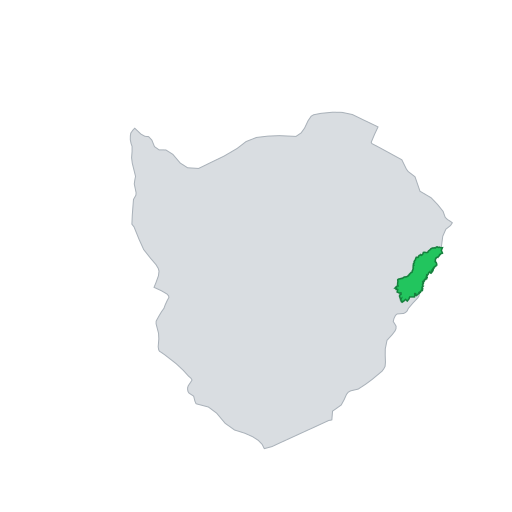 location of Nyanga, Manicaland, Zimbabwe, rotated 26°
{"feature_id": "62879985B16821678583413", "entity_name": "Nyanga", "entity_type": "district", "adm_level": 2, "iso_a3": "ZWE", "parent_name": "Zimbabwe", "parent_adm1": "Manicaland", "projection": "natural_earth1", "projection_center": [32.82, -17.911], "detail": "fine", "context": "in_parent", "style": "filled", "palette": "green", "viewbox_px": 512, "rotation_deg": 26, "n_neighbors": 0, "source": "geoboundaries", "source_scale": "gbopen_adm2", "svg_char_len": 7271}
<svg xmlns="http://www.w3.org/2000/svg" viewBox="0 0 512 512"><g transform="rotate(26 256 256)"><path d="M347.9,425.5L344.1,422.6L338.9,420.7L332.2,419.9L323.6,420.2L313.0,421.8L301.6,419.9L289.5,414.5L279.4,412.6L267.3,415.0L266.8,415.0L264.7,413.2L261.4,409.3L255.9,408.6L254.4,407.7L253.2,406.2L252.3,404.4L252.0,402.3L252.9,395.8L252.4,395.1L250.9,394.3L247.9,393.5L240.6,390.6L231.5,387.8L216.7,384.7L210.9,383.9L209.6,382.9L207.9,380.5L205.0,373.1L202.3,368.2L195.9,360.7L194.8,358.3L195.1,352.3L195.5,347.5L196.2,343.4L195.8,339.5L195.7,334.7L195.9,331.5L195.0,330.2L192.7,329.2L186.1,328.7L178.1,328.9L177.8,324.1L177.0,316.6L175.5,312.2L173.6,310.0L169.9,307.6L162.5,304.4L152.3,299.5L143.6,292.3L133.6,283.3L130.5,281.8L126.8,273.3L121.1,258.9L121.4,254.0L120.5,251.7L115.0,244.6L113.8,240.9L112.8,237.2L104.1,226.8L101.1,222.2L98.8,216.4L96.5,211.7L94.6,209.9L92.1,206.7L90.4,203.1L89.6,200.4L90.2,196.7L91.0,194.3L99.2,196.9L103.7,197.1L107.2,195.8L111.6,197.5L116.8,202.2L122.4,203.1L128.5,200.2L136.7,201.1L147.2,205.7L155.8,206.7L166.0,202.5L175.0,191.0L183.5,180.2L191.9,167.6L196.9,157.5L204.4,149.3L214.2,143.0L224.2,137.6L239.5,131.0L242.6,125.6L243.6,119.7L243.5,111.5L244.3,106.2L245.9,103.8L248.4,101.9L251.7,99.4L261.8,93.2L270.3,89.2L280.6,86.6L292.0,86.6L302.9,86.5L309.1,86.5L309.2,94.4L309.7,103.3L310.9,104.2L319.1,104.4L332.3,105.0L344.9,105.6L353.1,112.0L355.8,113.4L364.2,115.1L375.0,125.9L387.9,126.9L396.8,130.2L404.6,133.9L409.1,138.3L412.1,139.3L416.0,139.7L417.9,140.1L417.5,143.3L414.9,148.7L415.2,156.4L418.8,167.1L419.3,176.4L418.2,192.9L418.2,208.8L418.6,214.5L419.2,218.2L420.0,220.3L419.8,222.6L417.7,229.3L415.9,236.3L415.9,239.2L415.2,241.1L413.9,242.9L408.3,246.2L407.4,248.2L407.4,251.8L408.1,254.8L410.2,256.0L412.7,257.7L413.7,260.0L413.8,262.4L412.9,266.9L410.7,274.3L412.9,282.8L415.5,288.3L418.9,294.7L420.4,298.6L420.3,301.4L419.8,304.2L414.6,315.8L410.8,323.1L406.2,330.8L400.2,335.7L398.6,338.0L398.0,340.7L398.2,346.5L397.9,352.6L392.8,361.9L396.0,370.0L395.3,370.7L393.5,371.9L386.1,381.0L378.6,390.1L373.1,396.8L366.8,404.5L359.8,413.0L353.9,420.3L347.9,425.5Z" fill="#d9dde1" stroke="#a8b0b8" stroke-width="1"/><path d="M396.6,224.6L398.1,224.0L398.6,226.5L401.2,226.5L402.4,225.6L403.2,226.9L402.2,228.2L402.7,229.4L403.6,230.2L404.6,231.3L404.8,231.0L405.0,231.1L405.2,230.7L405.3,232.1L405.6,232.1L406.5,233.2L407.2,232.8L407.3,233.4L407.6,233.5L408.7,231.6L409.3,229.7L409.5,229.4L410.1,229.7L411.7,230.2L412.3,227.5L412.1,225.4L416.4,223.3L416.2,222.6L415.8,221.6L415.1,220.2L416.0,219.8L416.9,221.4L417.7,221.2L418.0,219.9L418.2,219.5L418.9,218.5L419.1,217.8L419.0,217.5L418.5,217.3L418.6,217.1L419.2,216.2L419.7,216.4L419.7,214.4L420.5,214.4L420.6,214.1L420.6,213.5L420.5,213.3L420.3,213.2L420.2,213.0L420.2,212.9L420.0,212.7L420.0,212.4L419.8,212.5L419.8,212.4L419.6,212.5L419.4,212.3L419.3,212.0L419.4,211.8L419.2,211.7L418.9,211.3L419.0,211.1L419.1,210.9L419.1,210.4L419.3,210.4L419.4,210.1L419.1,210.2L418.9,209.9L418.9,209.7L418.8,209.4L418.8,209.2L418.7,209.0L418.6,208.9L418.4,208.8L418.4,208.7L418.5,208.6L418.5,208.3L418.5,208.2L418.4,208.0L418.2,208.0L418.3,207.7L418.2,207.6L417.9,207.1L418.1,207.1L418.1,207.3L418.4,207.1L418.3,206.9L418.2,206.9L418.1,206.6L417.9,206.5L418.0,205.9L417.9,205.9L417.6,206.2L417.4,206.1L417.5,206.0L417.4,205.8L417.6,205.7L417.6,205.4L417.5,205.2L417.9,204.8L418.2,204.7L418.3,204.5L418.1,204.1L417.8,204.1L417.7,203.9L417.8,203.5L417.9,203.2L418.1,202.6L418.3,202.6L418.6,202.7L418.8,202.7L418.8,202.2L419.0,201.8L418.9,201.5L419.1,201.5L419.0,201.3L419.1,201.1L418.9,200.9L419.0,200.5L419.1,200.4L419.3,200.5L419.4,200.4L419.2,200.0L418.8,200.2L418.4,200.1L418.2,200.2L418.2,199.8L418.2,199.6L418.1,199.4L418.0,199.0L418.1,198.9L418.1,198.5L418.2,198.3L418.1,198.2L418.3,198.2L418.5,198.1L418.5,197.7L418.7,197.1L418.8,196.7L418.7,196.3L418.6,195.8L418.5,195.6L418.5,195.2L418.7,194.8L418.9,194.8L419.0,194.4L419.1,194.6L419.3,194.6L419.5,194.3L419.7,194.5L419.9,194.5L420.0,194.6L420.3,194.6L420.4,194.4L420.5,194.5L420.7,194.8L420.8,194.8L420.9,194.6L420.7,194.4L420.7,194.2L420.8,193.9L420.6,193.8L420.9,193.8L421.1,193.7L421.1,193.4L420.9,193.0L420.9,192.8L421.0,192.5L421.4,192.5L421.4,192.2L421.4,191.9L421.2,192.0L420.8,192.1L420.8,191.8L420.6,191.8L420.4,191.7L420.5,191.3L420.4,191.1L420.6,190.9L420.6,190.4L421.1,190.7L421.3,190.6L421.2,190.2L420.8,190.0L420.9,189.6L420.8,189.4L420.8,188.8L421.1,188.7L420.9,188.5L420.9,188.3L421.1,188.2L421.0,187.9L421.1,187.6L421.5,187.4L421.5,186.9L421.8,186.4L422.1,186.2L422.0,185.8L422.1,185.4L422.1,185.1L422.1,184.9L422.4,184.7L422.0,184.3L421.8,183.8L421.0,183.0L420.6,182.9L420.4,182.7L420.1,182.9L419.7,182.5L419.4,182.4L419.4,182.1L419.4,181.7L419.0,181.2L418.8,180.7L418.6,179.5L418.6,178.9L418.7,178.4L418.8,178.3L419.1,178.4L419.6,177.5L419.8,177.1L420.1,177.2L420.1,176.6L420.5,175.9L420.5,175.6L420.6,175.4L420.4,174.4L420.7,174.3L420.7,174.1L420.8,174.1L420.8,173.8L421.0,173.6L421.0,173.3L421.3,172.9L421.4,172.6L421.8,172.2L422.3,171.9L422.4,171.7L420.3,169.9L420.1,169.7L419.9,166.8L418.6,167.5L417.9,167.6L417.6,167.6L416.9,167.7L416.7,168.0L416.2,168.4L415.8,168.3L415.5,168.4L415.4,168.3L415.2,168.3L415.0,168.5L414.7,168.4L414.6,168.5L414.2,168.9L414.0,169.2L414.0,169.4L413.9,169.7L413.7,170.2L413.5,170.4L413.4,170.4L412.7,170.4L412.2,170.9L411.9,171.0L411.7,171.3L411.3,171.3L410.7,171.9L410.4,172.3L410.3,172.5L410.2,172.7L410.1,173.0L409.9,173.1L409.9,173.5L409.7,174.1L408.8,175.9L408.7,176.7L408.9,177.1L408.8,177.4L408.6,177.6L408.4,177.7L407.9,178.1L407.6,178.3L406.7,178.5L406.3,178.6L405.8,178.8L405.5,179.0L405.2,179.1L404.8,179.5L405.0,180.0L405.0,180.4L405.1,180.9L405.0,181.5L404.8,182.2L404.6,182.5L404.4,182.5L404.3,183.0L404.2,183.0L404.0,182.8L403.6,182.6L403.6,182.8L403.3,183.0L403.2,183.2L402.9,183.3L402.8,183.5L402.6,183.9L402.4,184.0L402.2,184.9L402.3,185.3L402.3,185.7L402.3,185.9L402.2,186.0L402.2,186.3L401.2,186.6L401.1,186.8L400.6,186.9L400.6,188.1L400.7,189.0L401.0,189.5L400.9,189.8L400.8,190.0L400.6,190.5L400.6,191.0L400.5,191.4L400.5,191.6L400.7,191.9L401.1,192.1L401.2,192.3L401.1,192.6L401.2,193.0L400.9,193.5L401.0,193.8L400.9,193.9L401.1,194.4L401.3,194.4L401.4,194.7L401.3,194.8L401.3,195.1L401.6,195.2L401.6,195.4L401.6,195.5L401.8,195.5L401.6,195.9L402.3,197.6L402.7,197.9L402.7,198.3L402.9,198.6L402.8,198.9L402.9,199.2L403.0,199.9L403.1,200.1L402.9,200.6L403.1,200.9L403.1,201.3L403.4,202.1L402.9,202.7L402.6,202.8L402.5,203.4L402.5,203.6L402.4,203.7L402.3,203.8L402.1,204.4L402.0,205.1L401.9,205.2L402.1,205.5L401.6,206.2L401.7,206.3L401.6,206.5L401.6,206.9L401.5,207.0L401.4,207.0L401.3,207.5L401.2,207.5L401.1,207.8L401.0,208.0L400.9,208.2L400.4,208.5L400.2,208.7L400.2,208.8L399.9,208.9L399.8,209.2L399.4,209.4L399.2,209.5L398.7,209.7L398.6,209.8L398.5,210.0L398.3,210.1L398.2,210.4L398.1,210.5L397.9,210.8L397.9,211.1L397.5,211.5L397.2,212.2L396.7,212.3L396.5,212.5L396.3,212.4L396.2,212.5L396.0,212.8L395.5,213.4L395.2,213.5L394.8,213.8L394.7,214.0L394.4,214.3L394.2,214.3L394.0,214.6L393.9,214.9L393.8,215.1L393.8,215.3L394.1,215.8L394.7,216.6L394.7,216.8L394.9,217.3L395.1,218.1L395.2,218.3L395.4,218.5L395.5,219.3L396.9,220.6L395.7,221.5L395.0,223.9L396.4,223.3L396.6,224.6Z" fill="#22c55e" stroke="#15803d" stroke-width="1.5"/></g></svg>